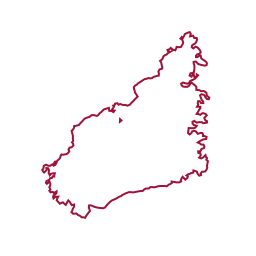 the district of Goioxim, Paraná, Brazil, rotated 72°
{"feature_id": "56859067B63744062598217", "entity_name": "Goioxim", "entity_type": "district", "adm_level": 2, "iso_a3": "BRA", "parent_name": "Brazil", "parent_adm1": "Paraná", "projection": "natural_earth1", "projection_center": [-52.013, -25.138], "detail": "fine", "context": "isolated", "style": "outline", "palette": "rose", "viewbox_px": 256, "rotation_deg": 72, "n_neighbors": 0, "source": "geoboundaries", "source_scale": "gbopen_adm2", "svg_char_len": 5185}
<svg xmlns="http://www.w3.org/2000/svg" viewBox="0 0 256 256"><g transform="rotate(72 128 128)"><path d="M185.9,63.2L184.3,62.2L182.4,63.3L181.0,62.1L179.8,62.8L177.7,62.7L179.2,65.6L179.6,67.8L178.1,69.5L177.3,68.2L176.1,67.1L174.4,67.1L173.4,68.8L171.9,68.5L172.5,66.4L170.6,64.5L170.6,62.0L169.0,61.0L167.1,61.4L166.3,63.6L164.8,64.4L163.4,66.1L162.7,63.8L162.3,61.5L162.1,59.9L162.6,57.0L160.7,56.0L159.4,57.6L158.8,59.2L157.5,58.7L155.8,58.8L155.1,60.5L155.1,63.4L152.3,64.4L151.1,66.0L151.0,68.0L152.5,69.3L153.2,71.4L151.4,72.5L148.4,71.1L146.8,70.3L147.6,68.2L148.5,65.7L148.4,63.7L147.1,62.0L145.5,64.5L143.6,65.2L142.0,64.7L141.7,62.8L143.0,62.0L144.2,60.8L144.4,58.6L145.3,56.0L146.7,55.1L147.0,52.8L147.2,51.1L145.8,50.8L144.7,52.0L142.1,52.4L140.3,49.2L138.8,49.8L137.4,51.4L136.9,52.8L137.8,55.2L136.7,56.4L135.8,58.3L133.9,55.9L132.6,54.8L131.6,53.1L130.2,52.6L129.1,55.8L127.5,54.0L126.1,54.1L124.2,53.1L124.7,51.5L126.9,50.8L127.6,48.7L126.0,48.3L124.5,49.1L122.0,49.4L119.2,49.4L118.6,47.8L119.9,45.5L121.5,45.0L123.0,44.8L124.9,43.9L125.6,42.2L124.3,41.3L122.7,42.2L121.5,43.1L119.0,42.5L117.0,43.6L116.1,44.9L115.6,47.2L114.2,48.2L112.9,51.2L110.0,50.3L108.6,50.9L106.9,51.9L104.5,53.6L105.4,55.5L106.6,56.6L107.2,58.9L105.9,62.3L105.0,63.3L103.7,63.8L102.3,63.8L101.8,61.6L104.2,58.0L104.2,56.3L102.4,54.2L102.3,52.1L101.9,49.4L100.6,47.0L100.0,49.1L98.1,49.1L95.7,48.6L92.8,46.8L89.0,45.5L86.8,45.6L85.4,45.2L85.7,43.0L88.9,41.4L90.5,39.0L91.7,37.0L92.5,35.6L92.4,33.8L91.0,33.0L89.5,33.1L87.9,34.2L86.2,35.5L84.5,36.8L81.5,36.5L81.4,38.0L82.0,39.8L81.6,41.4L80.4,41.1L79.4,39.6L79.5,37.3L78.6,35.5L76.9,35.4L75.6,35.8L74.3,36.3L72.8,37.1L71.5,38.6L72.5,41.3L70.8,42.4L69.4,41.7L68.8,40.3L68.6,38.8L67.8,37.0L65.3,35.0L63.6,34.9L62.9,37.2L60.3,37.6L60.0,40.6L57.8,39.2L55.9,39.6L55.8,41.1L56.0,43.0L56.2,44.8L57.9,46.4L59.2,47.8L58.0,48.7L59.2,50.5L60.7,49.1L62.2,49.1L63.9,49.1L65.3,50.3L67.3,52.6L66.9,54.8L65.9,56.7L67.7,58.0L68.7,59.1L67.7,60.3L68.1,62.0L66.2,61.8L65.0,62.7L65.9,64.0L65.9,66.3L67.3,66.3L68.6,64.4L69.2,67.1L70.1,68.6L70.2,70.7L70.9,72.3L73.2,74.1L74.1,76.8L75.8,76.2L78.6,76.5L80.4,76.6L82.1,77.2L82.0,79.9L83.7,81.6L86.0,81.8L87.7,82.6L87.4,84.1L87.4,86.3L87.3,87.9L88.0,89.6L87.7,91.6L86.9,92.8L86.9,94.7L86.7,97.4L87.7,100.9L88.2,102.9L88.7,104.9L89.5,106.2L89.8,108.1L90.9,109.8L92.3,110.2L94.3,110.1L96.2,110.4L101.1,109.1L103.0,112.9L104.2,114.9L104.8,116.3L106.4,119.1L106.6,121.7L105.5,122.9L104.9,124.9L104.2,126.2L102.8,127.9L102.9,129.8L101.2,130.4L100.8,132.7L102.0,133.6L102.1,135.2L103.4,134.8L104.3,135.8L105.2,137.1L106.6,138.6L105.9,140.5L102.9,140.0L102.9,143.0L102.8,145.0L103.6,146.7L104.5,148.3L105.2,150.4L106.5,152.3L106.9,153.9L105.3,156.3L104.5,158.6L105.5,161.2L105.5,165.6L106.3,167.5L107.1,168.7L107.9,170.3L108.9,172.1L110.0,173.8L109.8,177.1L109.5,178.6L111.2,179.3L112.6,181.0L113.4,182.6L116.3,182.7L118.3,182.8L121.4,183.8L123.4,184.2L124.3,185.7L125.8,185.1L127.8,185.3L128.9,187.6L128.6,189.6L130.0,191.2L132.2,191.1L133.4,193.1L133.8,194.5L133.6,196.2L133.3,198.2L132.6,199.5L133.5,200.6L134.9,201.4L136.1,202.7L136.9,204.6L137.8,206.3L137.4,208.0L138.8,209.3L139.4,207.2L140.6,208.5L140.8,210.5L139.2,211.1L139.9,213.9L139.2,215.5L137.6,217.3L137.9,219.7L140.5,221.1L141.3,222.5L142.9,222.3L144.4,221.5L143.6,219.9L142.8,218.4L140.9,218.0L141.5,216.5L143.1,216.1L144.8,216.6L146.4,217.4L148.8,217.0L147.8,215.7L147.9,213.4L148.5,211.6L149.9,212.6L151.4,213.1L150.7,214.5L152.0,215.9L151.6,217.5L153.1,219.2L153.2,221.8L154.8,223.0L156.0,222.4L154.8,219.2L157.3,219.1L158.9,219.9L159.9,221.1L162.7,220.8L163.3,222.2L165.2,221.6L165.5,219.3L166.9,218.7L166.6,217.1L166.2,215.5L167.6,216.0L168.7,217.6L169.0,219.5L170.2,220.5L172.0,220.6L171.0,218.3L171.7,215.6L173.0,217.0L174.7,218.2L176.3,217.4L178.9,216.3L178.5,213.0L180.6,211.8L181.9,211.0L180.8,209.7L179.8,208.8L178.4,207.2L180.4,206.2L182.0,205.9L184.0,205.3L184.1,203.0L186.2,203.6L188.0,205.7L189.4,206.5L190.6,207.8L192.6,206.7L193.4,203.4L195.4,202.4L196.6,200.8L198.6,199.7L199.2,197.8L200.2,196.5L198.5,194.8L196.2,191.5L195.1,189.8L192.4,189.8L191.1,189.7L189.6,189.0L190.1,187.3L191.0,186.0L192.7,184.2L194.5,181.3L195.8,178.4L196.6,176.6L196.5,174.4L195.3,172.6L194.2,170.9L192.6,167.7L191.9,165.4L191.6,161.9L191.2,159.8L190.6,157.6L190.7,155.7L190.0,154.2L189.7,152.1L189.4,150.5L189.4,148.8L189.3,146.6L190.2,144.5L190.9,142.8L191.5,137.5L191.9,135.1L192.4,133.4L191.5,131.8L191.1,129.8L192.0,126.9L191.2,125.3L191.5,123.5L192.5,121.7L192.7,119.6L192.7,117.1L193.3,114.8L194.4,111.4L195.4,109.1L194.5,106.8L194.3,105.0L193.8,103.3L192.4,103.0L193.6,100.8L194.8,98.5L195.6,96.1L195.2,93.9L194.0,94.0L192.5,92.6L191.3,91.1L193.5,90.1L194.8,89.5L193.8,86.9L192.5,86.0L191.2,87.0L190.6,85.4L190.7,83.6L190.4,82.0L190.6,79.7L188.6,78.9L189.7,77.3L190.9,75.9L193.0,76.0L195.4,74.9L195.3,73.0L193.7,72.9L192.5,71.3L193.2,68.1L192.0,66.3L190.3,64.9L188.2,64.5L185.9,63.2ZM95.7,48.6L97.5,50.3L98.8,51.7L97.2,53.2L95.3,51.7L95.7,48.6ZM106.6,138.6L106.6,136.7L107.3,135.4L108.4,136.9L106.6,138.6ZM118.8,131.9L119.5,133.7L117.2,132.8L118.8,131.9ZM100.6,47.0L99.5,45.1L98.3,46.1L100.6,47.0Z" fill="none" stroke="#9f1239" stroke-width="2"/></g></svg>